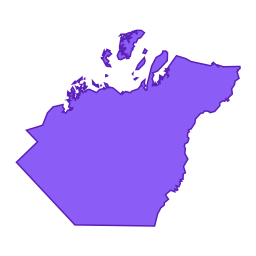 the district of Villarino, Buenos Aires, Argentina, rotated 271°
{"feature_id": "61730980B44606052944654", "entity_name": "Villarino", "entity_type": "district", "adm_level": 2, "iso_a3": "ARG", "parent_name": "Argentina", "parent_adm1": "Buenos Aires", "projection": "natural_earth1", "projection_center": [-62.259, -39.152], "detail": "fine", "context": "isolated", "style": "filled", "palette": "violet", "viewbox_px": 256, "rotation_deg": 271, "n_neighbors": 0, "source": "geoboundaries", "source_scale": "gbopen_adm2", "svg_char_len": 6009}
<svg xmlns="http://www.w3.org/2000/svg" viewBox="0 0 256 256"><g transform="rotate(271 128 128)"><path d="M129.3,42.6L124.0,26.5L112.6,37.8L91.8,17.0L30.2,76.6L30.5,156.3L42.7,159.1L48.9,162.3L51.6,165.6L53.9,165.6L57.5,169.7L61.9,166.5L66.5,171.7L65.0,176.0L67.8,175.9L66.4,177.8L67.1,178.9L71.1,177.2L70.1,179.9L73.4,181.3L75.3,180.5L75.8,182.7L77.5,181.3L77.7,183.9L83.0,184.0L84.2,186.2L90.5,184.2L98.0,188.4L103.6,185.2L108.6,185.7L110.7,184.6L113.2,185.3L114.6,187.8L118.7,189.1L120.4,187.6L124.2,187.8L125.3,189.3L127.0,188.3L128.2,191.1L133.9,194.7L138.2,195.3L144.1,200.5L144.3,202.8L146.3,204.1L146.2,207.9L144.8,209.8L146.1,214.4L151.9,219.4L154.6,219.3L156.9,222.3L156.4,224.2L159.1,225.6L156.6,226.9L157.3,228.3L159.8,227.6L163.8,231.7L169.0,231.0L173.5,233.8L176.7,234.1L179.6,238.2L186.2,236.0L187.3,237.2L188.5,236.2L187.8,236.9L189.5,239.0L191.5,238.8L190.9,222.2L192.6,216.4L191.2,216.7L195.1,212.2L193.3,210.2L194.2,213.2L191.7,209.5L195.5,190.0L198.4,184.5L201.1,175.2L188.9,166.9L188.0,168.1L186.4,167.7L188.1,167.3L187.8,164.5L186.1,165.2L186.4,166.6L186.0,167.3L185.7,165.7L184.9,166.2L186.2,164.8L185.6,163.7L183.9,167.2L183.9,165.7L182.4,164.8L182.0,167.5L180.4,167.8L179.8,167.0L181.5,167.4L182.1,164.0L176.4,161.3L179.9,161.4L181.0,159.2L177.5,160.2L176.5,158.9L173.4,159.2L173.9,158.4L171.8,157.6L171.2,155.8L173.8,155.3L170.3,155.4L173.7,154.2L171.9,153.2L170.5,154.5L171.6,152.8L170.1,151.5L174.7,152.5L177.6,151.2L181.4,152.9L183.3,151.5L185.6,156.7L196.0,166.1L204.0,166.2L205.6,164.5L205.5,160.9L205.1,162.1L201.7,159.5L199.0,154.9L190.3,150.6L171.3,146.3L166.5,146.3L167.1,145.1L166.3,144.8L168.4,143.0L170.4,144.8L172.9,143.5L176.6,144.0L173.7,140.8L170.9,140.1L170.9,140.9L170.4,141.1L170.7,139.9L167.3,137.5L164.7,130.8L163.3,129.9L164.5,125.0L162.0,121.9L164.8,122.5L161.7,120.0L167.8,112.3L168.7,107.9L168.0,108.3L168.1,106.0L166.5,104.4L168.6,102.8L165.9,103.2L166.9,102.5L165.9,98.8L162.8,96.0L166.0,88.6L165.0,85.4L163.6,85.5L163.7,83.2L162.0,82.0L163.0,82.3L164.3,80.2L163.7,78.9L165.3,78.1L162.5,79.4L160.9,76.2L159.7,77.1L160.6,79.2L159.5,78.9L159.0,76.1L157.6,76.4L157.5,78.1L156.5,77.5L157.5,76.9L156.7,75.3L154.1,74.8L157.3,74.4L156.2,71.3L157.7,73.6L159.1,73.8L158.0,72.8L158.5,72.2L160.3,74.4L159.5,71.9L161.8,74.4L162.0,72.4L163.9,74.3L167.9,71.9L165.2,70.3L163.5,72.3L163.2,70.7L161.4,70.0L163.0,67.8L159.9,68.9L161.9,67.1L159.2,67.1L159.0,70.5L158.1,68.9L155.8,69.2L155.0,66.6L154.3,69.8L153.6,67.7L151.8,69.4L148.0,68.3L147.2,70.4L146.1,69.5L147.2,72.4L146.0,72.0L144.6,70.3L144.7,67.4L141.6,65.4L143.7,63.4L142.4,62.8L142.7,62.1L145.8,64.1L147.8,62.3L150.3,62.6L147.8,52.7L141.7,47.2L129.3,42.6ZM208.6,119.4L204.3,117.8L205.5,119.9L205.3,121.0L202.8,121.4L204.5,121.7L204.9,122.3L204.9,122.6L201.7,121.3L202.5,122.3L201.9,125.3L201.5,124.1L200.0,125.6L199.7,129.0L204.5,129.8L207.0,131.7L207.6,130.6L209.7,133.0L211.3,131.7L213.3,132.4L213.8,134.7L217.6,136.4L218.4,139.0L223.5,142.8L225.8,139.7L225.8,134.8L224.2,129.7L224.3,134.8L223.7,135.3L223.2,134.7L222.9,135.3L221.8,135.8L223.0,134.5L224.1,134.8L223.6,130.2L222.3,130.2L221.5,129.2L222.5,129.7L222.7,128.1L223.4,127.8L221.8,124.0L221.6,119.3L220.3,118.4L221.3,120.9L221.2,124.4L220.2,125.7L221.1,129.2L219.1,127.1L218.5,129.8L216.0,126.2L214.6,127.7L213.7,127.4L218.0,124.9L216.5,123.1L217.5,121.7L216.6,122.6L216.3,121.7L218.1,120.1L216.6,119.6L216.0,121.0L215.2,121.1L214.5,120.4L214.2,122.1L214.4,120.3L215.9,120.8L215.6,119.1L210.1,118.3L209.6,120.1L211.5,121.4L211.2,122.1L209.4,120.0L209.8,118.2L208.2,118.2L208.9,119.1L208.8,120.0L207.0,120.7L208.5,121.3L207.2,122.5L208.2,124.0L207.0,124.6L207.8,123.8L206.6,124.0L206.6,122.4L208.3,121.3L206.7,120.6L208.6,119.4ZM205.5,105.3L196.8,101.3L190.8,104.6L192.6,105.3L192.2,106.5L194.6,107.7L197.4,104.4L200.3,106.5L199.2,107.3L201.8,110.2L203.6,108.3L205.0,108.6L205.9,106.2L204.4,107.0L205.5,105.3ZM204.1,117.5L200.0,116.0L196.7,117.5L196.2,119.7L199.1,125.4L197.4,125.4L197.6,127.6L199.1,127.9L199.9,125.4L202.3,122.2L201.5,121.6L202.1,120.3L204.0,120.3L205.1,120.9L204.1,117.5ZM198.7,143.1L191.5,137.0L186.6,135.0L186.8,137.5L192.3,142.8L195.3,143.9L198.7,143.1ZM219.1,125.5L220.9,123.4L218.6,121.0L216.8,123.0L218.4,124.4L217.1,126.5L218.3,128.4L218.7,126.8L219.9,126.9L218.8,126.6L219.1,125.5ZM207.3,143.5L203.4,141.7L202.7,144.0L205.5,145.6L207.3,143.5ZM177.9,81.1L174.0,76.3L172.4,78.3L174.9,79.0L175.6,81.2L177.9,81.1ZM170.6,94.9L174.3,91.8L171.2,92.1L169.4,95.1L170.8,96.2L170.6,94.9ZM190.7,104.8L189.3,106.0L189.0,109.6L191.3,108.5L190.7,104.8ZM168.8,107.6L171.4,106.7L172.4,103.9L168.4,105.5L168.8,107.6ZM205.1,102.9L199.7,101.0L203.6,103.5L205.1,102.9ZM173.4,75.4L173.8,74.2L171.2,72.0L172.0,75.1L173.4,75.4ZM170.3,84.3L167.5,82.6L167.0,85.1L169.4,86.7L168.0,84.5L170.3,84.3ZM177.0,133.3L176.2,134.2L178.3,136.6L178.4,135.5L177.0,133.3ZM179.9,158.8L176.6,158.6L178.8,159.7L179.9,158.8ZM169.3,80.4L166.6,79.1L167.5,80.8L169.3,80.4ZM181.3,104.8L179.1,104.9L180.1,107.3L180.3,105.3L181.3,104.8ZM166.4,79.6L164.7,79.6L166.9,80.9L166.4,79.6ZM172.8,83.7L169.6,83.4L172.2,84.4L172.8,83.7ZM168.1,77.1L166.4,77.3L166.2,78.1L167.6,78.0L168.1,77.1ZM166.3,83.9L166.6,82.2L165.5,83.8L166.3,83.9ZM169.2,97.8L169.1,96.6L168.9,96.3L168.2,97.8L169.2,97.8ZM196.2,100.6L197.9,100.5L197.9,100.2L196.2,100.6ZM222.7,129.7L223.5,128.3L223.4,128.0L222.7,129.7ZM170.9,81.3L170.7,80.4L170.4,81.3L170.9,81.3ZM175.5,157.9L174.3,157.9L173.9,157.8L174.4,158.5L175.4,158.3L175.5,157.9ZM181.7,131.8L182.7,131.9L182.1,131.4L181.7,131.8ZM169.7,97.8L170.6,97.3L169.3,96.6L169.7,97.8ZM172.7,83.0L171.4,83.0L171.3,83.3L172.7,83.0ZM175.1,157.5L174.8,157.0L173.7,157.2L175.1,157.5ZM218.7,119.8L217.8,119.2L217.2,119.5L218.1,119.9L218.7,119.8ZM170.1,100.6L170.8,99.9L169.8,100.3L170.1,100.6ZM167.9,76.0L168.3,75.3L167.4,75.8L167.9,76.0ZM176.7,83.8L176.3,83.4L176.1,83.8L176.7,83.8ZM164.6,81.7L164.4,80.8L164.1,81.4L164.6,81.7ZM165.6,76.3L166.5,76.2L166.5,75.9L165.6,76.3ZM202.2,120.5L202.8,120.5L202.2,120.5Z" fill="#8b5cf6" stroke="#5b21b6" stroke-width="1.5"/></g></svg>